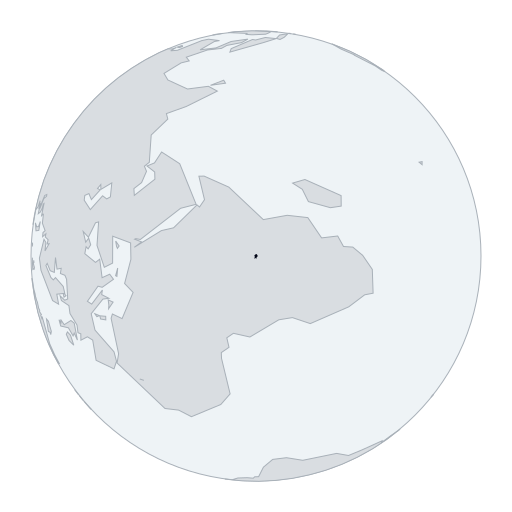 Ngozi on an orthographic globe, rotated 270°
{"feature_id": "BDI-2642", "entity_name": "Ngozi", "entity_type": "Province", "adm_level": 1, "iso_a3": "BDI", "parent_name": "Burundi", "parent_adm1": "", "projection": "orthographic", "projection_center": [29.883, -2.862], "detail": "fine", "context": "on_globe", "style": "filled", "palette": "ink", "viewbox_px": 512, "rotation_deg": 270, "n_neighbors": 0, "source": "natural_earth", "source_scale": "10m", "svg_char_len": 6226}
<svg xmlns="http://www.w3.org/2000/svg" viewBox="0 0 512 512"><g transform="rotate(270 256 256)"><circle cx="256" cy="256" r="225" fill="#eef3f6" stroke="#a8b0b8"/><path d="M122.4,74.6L121.7,75.2L118.2,77.8L117.0,78.7L122.4,74.6ZM32.9,224.8L32.2,232.0L34.0,237.8L34.3,247.2L33.8,253.3L35.2,254.7L35.3,258.6L44.8,263.4L52.6,272.7L54.3,286.5L51.7,302.8L58.6,336.6L56.5,348.5L62.1,362.0L71.2,382.1L69.1,381.2L76.2,390.6L80.3,396.6L80.6,397.4L82.9,400.1L72.4,386.6L63.1,372.4L54.8,357.4L47.7,341.9L41.8,325.9L37.2,309.5L33.7,292.8L31.6,275.9L30.7,258.9L31.2,241.8L32.9,224.8ZM116.9,433.1L114.6,430.9L116.0,431.9L117.9,433.7L116.9,433.1ZM316.1,38.9L316.4,39.0L331.8,43.8L346.7,49.8L361.2,56.8L375.1,64.8L388.4,73.8L401.1,83.7L413.0,94.4L424.1,106.0L434.4,118.4L443.7,131.5L452.1,145.2L459.5,159.4L463.2,168.1L463.1,172.3L464.4,176.1L461.2,170.7L461.7,177.4L471.4,201.8L472.8,208.5L471.4,219.5L470.5,214.4L462.2,200.1L464.1,216.0L470.5,231.1L472.9,247.9L469.4,241.6L466.6,226.9L463.6,221.4L462.0,207.4L454.8,186.3L451.1,189.2L449.1,181.1L438.6,164.0L432.0,167.9L423.0,187.5L425.7,208.4L420.9,217.3L405.5,186.2L398.4,166.4L392.9,167.8L377.0,151.2L349.7,149.3L345.8,144.4L340.7,146.5L329.4,141.6L323.4,133.9L316.6,134.3L332.8,154.9L340.0,154.7L346.0,147.0L349.1,154.5L360.0,161.6L348.3,179.7L307.7,196.1L303.7,180.6L272.5,140.3L273.4,135.9L273.2,135.4L272.8,134.6L270.1,141.6L264.7,134.3L281.4,161.4L284.2,173.6L307.1,197.0L305.0,199.5L312.3,204.5L335.8,198.9L335.9,204.1L324.9,228.8L292.4,263.3L296.7,287.2L294.4,307.8L274.1,321.6L276.0,337.7L265.5,343.5L264.9,352.8L256.6,362.7L242.6,372.3L218.8,373.1L217.2,364.7L205.2,348.8L188.4,310.3L194.4,292.4L192.2,278.8L175.0,249.9L178.7,233.4L174.2,226.8L164.7,229.0L159.4,221.3L153.7,221.5L118.1,230.1L107.5,220.8L95.3,191.4L101.9,178.6L103.5,165.0L149.0,117.1L158.3,118.6L193.7,111.1L198.0,112.4L193.4,122.1L219.6,133.1L228.5,124.6L252.7,130.9L269.1,130.6L275.8,112.7L248.9,112.6L244.7,104.3L266.6,97.0L290.1,98.6L289.2,95.5L274.8,88.4L280.5,83.2L269.8,85.7L273.9,88.7L267.2,90.7L263.1,88.1L265.3,86.1L258.3,84.8L249.6,95.5L252.8,99.7L234.3,102.1L237.8,109.7L232.7,113.5L224.7,102.2L225.8,98.0L210.7,87.4L207.9,91.7L222.0,102.4L217.4,101.7L213.7,108.9L212.9,102.9L198.3,91.2L181.9,95.0L160.2,114.0L150.7,116.5L143.1,114.0L151.7,96.1L171.9,92.7L175.2,87.4L171.8,80.9L178.2,80.8L179.3,78.0L187.0,77.0L198.4,70.0L206.4,68.9L211.5,61.4L216.2,60.1L211.8,64.7L213.0,67.7L232.7,66.6L236.7,64.9L238.5,60.4L243.7,61.2L242.9,57.0L254.5,55.5L239.6,54.3L241.3,50.2L248.6,47.2L246.5,45.9L234.5,50.9L232.1,53.3L234.4,55.5L225.6,63.2L218.7,64.8L217.8,56.8L207.8,58.6L211.4,52.6L241.6,41.0L253.8,39.4L272.7,44.0L269.5,45.9L261.1,45.0L268.3,49.1L268.0,47.2L272.3,48.1L275.0,45.3L278.2,45.9L275.3,42.6L279.5,43.0L281.3,45.1L288.8,42.4L297.8,43.4L297.9,42.6L295.6,41.4L308.5,44.0L308.0,43.3L303.6,42.2L299.9,40.3L298.3,38.3L302.8,39.2L304.0,40.1L313.4,43.8L315.8,46.6L317.5,46.8L316.5,44.7L305.1,40.1L302.8,38.7L308.8,40.6L306.4,39.7L306.7,39.4L311.3,40.1L305.0,38.1L302.2,35.5L304.4,36.0L316.1,38.9ZM133.0,139.8L131.7,143.7L131.7,143.8L133.0,139.8ZM315.1,110.4L329.1,111.8L322.6,100.9L327.5,100.8L323.5,97.5L322.1,100.2L312.4,91.4L318.4,88.9L316.6,84.8L311.8,84.2L302.4,90.3L316.2,102.6L313.1,106.7L315.1,110.4ZM114.3,80.9L116.6,79.1L111.5,83.2L114.3,80.9ZM110.8,83.8L107.7,86.6L102.5,91.4L105.3,88.7L102.6,91.1L103.5,90.2L110.8,83.8ZM177.7,66.3L180.1,67.4L176.8,70.5L166.8,73.8L171.4,69.1L177.7,66.3ZM184.2,68.4L186.0,60.7L192.3,59.0L188.5,61.1L192.5,60.7L187.3,64.2L191.5,70.9L188.9,74.2L171.9,77.4L178.9,74.2L176.1,73.1L184.2,68.4ZM179.7,50.1L180.5,48.4L193.0,46.5L190.8,48.4L180.7,51.3L177.4,50.8L179.7,50.1ZM172.9,46.6L179.7,44.0L179.0,44.3L182.0,43.2L181.9,43.2L182.3,43.1L199.1,38.0L216.1,34.3L233.4,31.9L233.9,31.9L229.1,32.4L233.1,32.3L226.6,33.1L227.5,33.0L222.5,33.9L218.1,35.1L215.2,35.5L214.7,35.8L211.4,36.7L209.8,37.4L204.0,38.6L201.6,39.7L200.2,39.6L197.5,41.4L196.9,40.7L192.6,42.2L195.5,42.1L168.2,49.7L157.3,54.6L148.5,59.3L148.6,58.4L157.0,53.7L166.9,49.1L172.9,46.6ZM203.3,108.6L206.7,108.9L212.1,108.2L209.9,113.1L203.3,108.6ZM193.0,100.6L196.2,99.8L195.7,105.7L192.1,105.8L193.0,100.6ZM198.3,94.8L196.4,99.4L195.3,96.9L198.3,94.8ZM214.8,64.0L218.2,63.2L218.4,64.3L216.3,66.0L214.8,64.0ZM244.6,34.4L242.3,34.1L243.4,33.8L242.5,32.8L247.3,32.5L249.7,33.0L244.6,34.4ZM271.0,115.7L266.0,119.1L263.6,117.4L265.8,116.5L271.0,115.7ZM236.3,115.6L244.0,117.7L235.6,116.9L236.3,115.6ZM249.7,34.0L248.8,33.5L251.7,33.7L249.7,34.0ZM250.8,32.3L254.3,32.4L247.8,32.4L250.8,32.3ZM349.8,419.1L350.4,422.1L347.3,422.1L349.8,419.1ZM332.5,304.9L316.4,341.1L305.9,341.2L304.3,330.4L310.4,308.4L322.7,302.3L328.9,292.6L332.5,304.9ZM477.8,295.6L478.1,293.2L477.9,294.7L477.8,295.6ZM478.6,288.5L478.7,289.9L478.2,290.7L478.6,288.5ZM478.6,290.5L478.7,290.3L478.6,290.5ZM478.3,287.9L474.7,284.2L472.5,280.0L473.6,276.4L477.0,279.6L478.3,287.9ZM473.4,276.2L469.4,263.4L459.9,229.9L463.4,231.2L472.5,252.5L472.0,255.6L474.5,265.3L473.4,276.2ZM480.8,261.2L480.3,271.0L478.8,268.1L477.8,265.6L477.2,252.2L477.6,246.1L478.6,247.0L479.4,228.3L480.3,234.7L480.7,242.8L481.2,252.3L480.8,261.2ZM426.7,210.5L431.8,223.7L428.8,225.5L426.7,210.5ZM477.7,215.8L478.6,222.7L477.0,212.5L477.7,215.8ZM466.5,182.2L465.5,182.5L464.4,179.3L464.9,177.1L466.5,182.2ZM289.2,35.4L285.2,36.7L285.4,38.5L290.5,40.3L281.6,38.8L281.2,36.0L289.2,35.4ZM300.2,35.2L295.7,34.2L298.7,34.8L300.1,35.1L300.2,35.2ZM296.7,34.5L289.2,33.3L287.3,32.9L293.6,33.9L296.7,34.5ZM269.4,32.3L267.9,32.6L265.5,32.3L269.4,32.3ZM442.2,382.8L440.3,385.0L441.7,381.7L446.1,375.2L457.0,353.9L457.0,354.7L463.0,340.9L468.1,332.0L468.2,331.8L461.0,349.5L452.3,366.6L442.2,382.8ZM480.2,277.6L480.3,277.0L481.0,266.8L481.3,255.4L481.3,255.2L480.2,277.6Z" fill="#d9dde1" stroke="#a8b0b8" stroke-width="1"/><path d="M255.7,255.6L255.8,255.6L256.0,255.4L256.1,255.2L256.4,255.2L256.5,255.3L256.6,255.5L256.8,255.7L256.9,255.8L256.9,256.0L257.0,256.0L257.1,256.3L256.8,256.5L256.7,256.5L256.4,256.7L256.3,256.8L256.1,256.9L256.0,256.7L255.9,256.6L255.7,256.5L255.6,256.3L255.6,256.2L255.4,256.1L255.2,256.1L254.9,256.0L255.1,255.9L255.0,255.7L255.2,255.8L255.3,255.8L255.4,255.7L255.5,255.6L255.7,255.6Z" fill="#0f172a" stroke="#020617" stroke-width="1.5"/></g></svg>